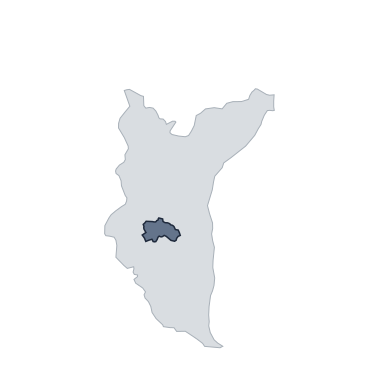 Teleneşti highlighted on a map of Moldova, rotated 215°
{"feature_id": "MDA-1648", "entity_name": "Teleneşti", "entity_type": "District", "adm_level": 1, "iso_a3": "MDA", "parent_name": "Moldova", "parent_adm1": "", "projection": "equal_earth", "projection_center": [28.447, 47.584], "detail": "fine", "context": "in_parent", "style": "filled", "palette": "slate", "viewbox_px": 384, "rotation_deg": 215, "n_neighbors": 0, "source": "natural_earth", "source_scale": "10m", "svg_char_len": 2624}
<svg xmlns="http://www.w3.org/2000/svg" viewBox="0 0 384 384"><g transform="rotate(215 192 192)"><path d="M78.3,83.3L79.7,80.5L93.1,72.8L96.5,74.1L103.4,74.4L117.6,74.1L124.6,69.0L128.9,70.5L132.4,68.2L138.2,65.3L139.1,65.9L139.8,66.4L148.8,67.7L155.6,70.4L160.1,74.6L164.8,77.2L169.6,78.2L172.3,80.3L172.8,83.5L177.3,85.1L185.8,85.0L189.4,87.1L188.1,91.4L189.0,92.8L192.0,91.4L194.3,92.6L195.5,95.8L196.9,97.3L201.2,92.3L205.8,92.8L216.9,94.9L222.9,105.1L226.6,108.8L229.8,110.3L233.9,108.7L237.5,106.8L239.6,107.7L244.1,114.5L245.2,123.4L245.2,127.0L243.6,133.0L241.4,139.5L239.6,143.7L240.4,147.1L242.0,149.9L244.6,150.8L253.3,156.6L256.5,160.5L261.2,163.5L264.8,163.6L266.6,165.3L267.3,167.3L266.9,172.4L264.9,177.2L265.2,180.3L268.3,184.0L268.7,188.2L268.9,190.9L270.6,193.0L278.6,197.7L288.9,202.3L291.5,206.1L293.2,211.1L292.7,219.4L292.1,226.6L305.7,236.3L304.2,238.2L302.1,240.2L289.2,241.6L286.6,242.5L281.0,235.1L278.0,234.2L275.3,236.9L272.0,238.4L268.1,237.6L263.9,235.4L261.8,233.8L260.1,233.6L257.5,235.2L254.1,234.5L251.8,232.7L248.5,238.9L246.5,240.2L245.3,240.0L245.0,229.5L244.0,227.9L241.4,227.6L235.2,230.1L229.2,233.4L227.2,236.3L227.4,241.5L228.3,247.7L232.4,257.1L230.2,261.3L228.6,267.8L222.2,273.8L215.0,277.4L214.4,284.6L210.3,289.5L203.4,294.4L198.8,300.4L200.0,304.4L200.2,308.3L199.5,310.9L199.3,312.9L197.5,313.8L186.9,314.6L183.9,315.8L180.5,318.7L177.2,313.3L173.9,308.6L171.4,306.0L172.5,304.9L175.1,303.5L177.0,301.9L176.8,296.3L175.4,289.9L174.2,286.8L174.0,281.9L173.1,274.4L174.4,260.3L179.7,242.7L182.7,234.0L181.2,229.2L182.4,218.0L180.1,212.5L176.6,205.3L171.5,189.7L165.2,184.3L157.4,178.4L154.1,173.9L151.9,168.9L147.2,164.0L141.9,159.5L135.6,148.2L132.4,143.2L131.4,141.8L124.1,134.6L120.4,128.1L118.5,122.8L117.4,117.8L112.4,108.1L107.8,100.8L103.5,95.6L101.5,91.9L96.4,87.3L89.1,83.6L84.4,83.0L78.3,83.3Z" fill="#d9dde1" stroke="#a8b0b8" stroke-width="1"/><path d="M201.5,125.0L204.6,127.0L208.1,128.2L206.5,132.4L210.1,134.1L211.0,135.0L211.6,136.2L213.4,137.5L212.9,139.4L212.8,141.7L207.4,145.1L205.9,145.7L204.6,146.7L204.5,147.6L204.5,148.4L203.9,149.2L203.8,149.9L204.3,150.7L204.3,151.7L200.6,153.1L198.8,151.2L196.5,151.4L194.2,152.8L191.9,153.3L191.2,152.9L190.6,152.9L188.9,153.5L187.8,153.5L186.8,153.3L184.1,151.7L181.5,152.9L179.1,151.5L176.7,149.7L177.9,147.7L178.0,145.2L177.3,143.4L178.0,141.7L181.5,140.3L187.7,140.9L189.9,140.5L190.2,139.7L190.5,138.7L191.2,137.8L192.1,137.3L193.6,137.0L193.9,135.5L193.3,133.1L193.2,130.6L194.2,129.6L195.5,129.1L196.6,129.8L197.7,130.3L199.6,127.9L201.5,125.0Z" fill="#64748b" stroke="#1e293b" stroke-width="1.5"/></g></svg>